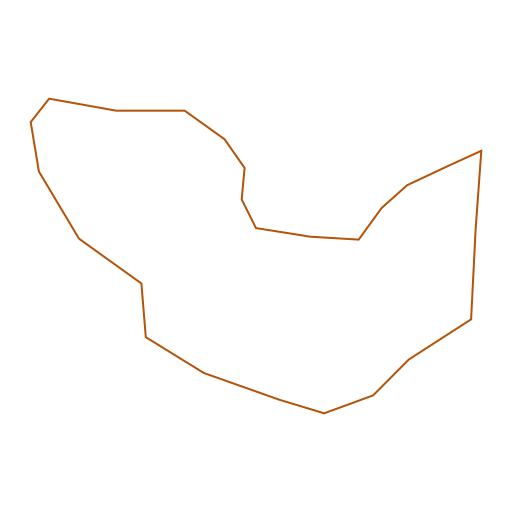 Avlona, Nicosia, Cyprus (Albers equal-area conic projection)
{"feature_id": "46923920B38965206429869", "entity_name": "Avlona", "entity_type": "district", "adm_level": 2, "iso_a3": "CYP", "parent_name": "Cyprus", "parent_adm1": "Nicosia", "projection": "albers", "projection_center": [33.1, 35.159], "detail": "fine", "context": "isolated", "style": "outline", "palette": "amber", "viewbox_px": 512, "rotation_deg": 0, "n_neighbors": 0, "source": "geoboundaries", "source_scale": "gbopen_adm2", "svg_char_len": 445}
<svg xmlns="http://www.w3.org/2000/svg" viewBox="0 0 512 512"><path d="M30.7,122.1L38.9,171.5L79.0,238.7L141.4,283.5L145.8,337.2L203.8,373.0L279.5,399.8L324.1,413.3L373.1,395.4L408.8,359.5L471.1,319.3L475.6,229.7L481.3,150.8L449.9,165.1L407.1,185.2L381.5,208.1L358.7,239.6L310.2,236.7L256.0,228.1L241.7,199.5L244.6,168.0L224.6,139.3L184.7,110.7L150.5,110.7L116.3,110.7L49.1,98.7L30.7,122.1Z" fill="none" stroke="#b45309" stroke-width="2"/></svg>